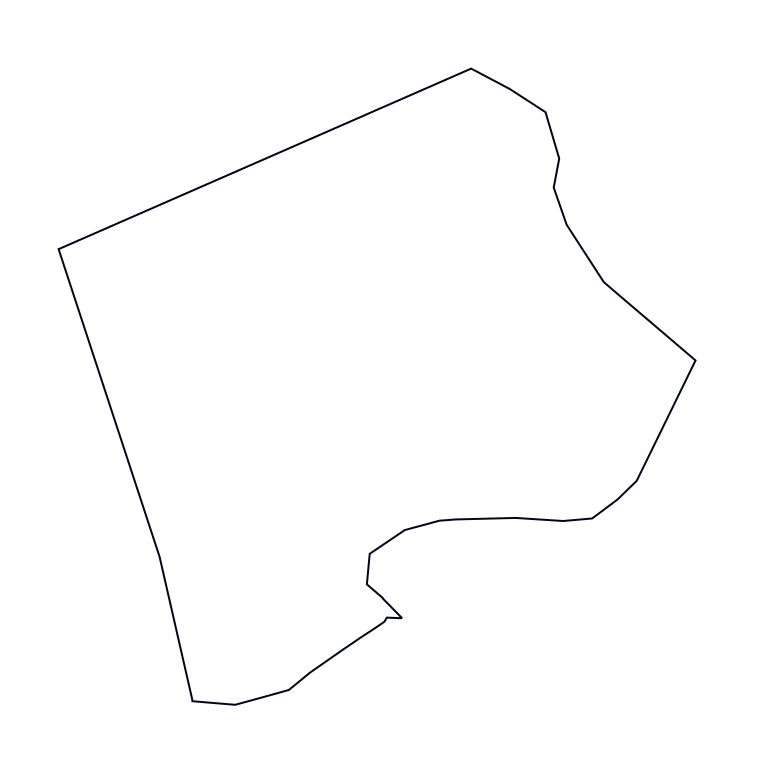 the district of Gereida, Southern Darfur, Sudan, rotated 85°
{"feature_id": "16777658B8719376045507", "entity_name": "Gereida", "entity_type": "district", "adm_level": 2, "iso_a3": "SDN", "parent_name": "Sudan", "parent_adm1": "Southern Darfur", "projection": "equal_earth", "projection_center": [25.542, 11.151], "detail": "fine", "context": "isolated", "style": "outline", "palette": "ink", "viewbox_px": 768, "rotation_deg": 85, "n_neighbors": 0, "source": "geoboundaries", "source_scale": "gbopen_adm2", "svg_char_len": 871}
<svg xmlns="http://www.w3.org/2000/svg" viewBox="0 0 768 768"><g transform="rotate(85 384 384)"><path d="M617.8,395.2L618.9,386.6L619.1,386.3L618.2,387.0L617.4,387.6L600.0,401.9L597.4,404.0L596.9,404.0L594.7,406.2L594.2,406.7L582.1,418.5L557.2,414.0L551.9,413.0L531.3,376.0L525.0,340.7L525.2,324.0L528.9,264.5L536.1,217.5L536.1,188.4L519.6,161.7L502.5,140.7L387.7,71.6L352.7,106.0L317.7,140.5L301.6,156.2L241.2,188.2L203.1,197.8L174.7,189.8L127.3,199.4L101.1,233.0L77.4,269.7L108.9,363.1L118.8,392.4L221.3,696.4L536.7,622.6L681.7,602.5L683.3,602.5L684.4,596.2L684.9,593.4L689.8,564.9L690.6,560.2L689.8,555.7L685.8,533.7L682.2,514.4L680.5,505.4L679.5,504.0L675.8,498.5L665.1,482.9L646.0,449.7L643.1,444.6L643.0,444.3L635.5,431.1L624.9,411.4L623.3,408.6L621.1,404.8L620.8,404.3L617.0,401.5L617.5,397.4L617.8,395.2Z" fill="none" stroke="#020617" stroke-width="2"/></g></svg>